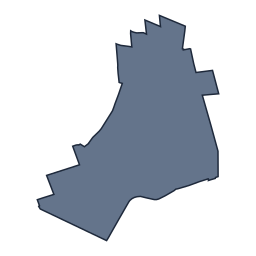 the district of Salcia, Teleorman, Romania
{"feature_id": "2599482B37007656792244", "entity_name": "Salcia", "entity_type": "district", "adm_level": 2, "iso_a3": "ROU", "parent_name": "Romania", "parent_adm1": "Teleorman", "projection": "natural_earth1", "projection_center": [24.918, 43.953], "detail": "fine", "context": "isolated", "style": "filled", "palette": "slate", "viewbox_px": 256, "rotation_deg": 0, "n_neighbors": 0, "source": "geoboundaries", "source_scale": "gbopen_adm2", "svg_char_len": 1426}
<svg xmlns="http://www.w3.org/2000/svg" viewBox="0 0 256 256"><path d="M218.7,93.8L218.4,92.7L218.1,91.5L212.5,70.4L210.2,70.7L196.0,72.5L193.7,63.6L190.9,50.5L190.6,49.0L190.4,49.0L189.9,48.7L189.7,48.7L183.4,49.9L183.5,49.1L182.7,48.9L182.4,48.8L184.8,31.0L185.3,26.2L159.4,15.4L160.2,23.8L160.5,26.6L160.3,26.5L144.9,20.0L146.5,34.1L144.9,33.4L143.4,32.7L141.7,32.7L139.3,32.8L136.9,32.9L136.6,32.9L134.0,32.3L132.0,31.6L130.7,30.8L130.6,33.7L131.8,46.9L131.3,46.8L128.7,46.4L124.1,45.8L120.8,45.4L117.1,44.2L116.1,43.8L117.0,54.7L117.7,63.5L117.8,65.6L117.7,67.5L118.1,73.2L119.0,81.3L119.1,82.4L119.6,82.6L120.2,82.8L122.3,83.4L118.5,94.5L114.8,104.3L114.2,106.2L112.5,110.8L101.7,128.0L101.4,128.5L99.3,131.1L92.8,137.4L88.5,143.3L88.6,143.5L84.4,146.7L80.2,144.1L78.8,145.0L78.4,144.8L76.2,145.0L72.7,146.2L79.5,164.8L46.6,175.4L53.9,194.4L42.8,197.9L37.3,199.7L39.5,205.8L38.7,206.3L39.1,207.1L40.3,209.0L106.6,240.6L108.5,237.5L111.7,231.8L118.4,220.0L122.9,212.2L123.5,211.1L128.8,201.9L129.8,200.5L131.9,198.7L134.4,197.4L137.0,196.7L140.5,196.4L146.2,197.8L154.4,199.6L156.4,199.6L158.7,199.0L165.1,195.8L169.3,193.4L174.1,190.6L175.9,189.1L177.7,188.8L188.9,185.5L199.2,181.7L207.4,179.1L207.8,178.9L208.3,178.9L208.5,179.7L208.4,180.5L210.8,179.7L212.9,179.1L215.3,178.4L215.5,177.5L218.1,176.6L218.0,151.2L210.9,125.3L202.3,95.2L212.6,94.3L218.7,93.8Z" fill="#64748b" stroke="#1e293b" stroke-width="1.5"/></svg>